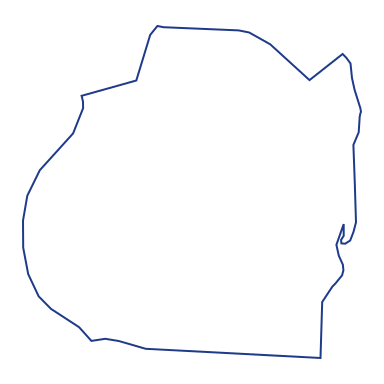 SVG path tracing the border of Baghdad
{"feature_id": "IRQ-3063", "entity_name": "Baghdad", "entity_type": "Province", "adm_level": 1, "iso_a3": "IRQ", "parent_name": "Iraq", "parent_adm1": "", "projection": "natural_earth1", "projection_center": [44.431, 33.304], "detail": "fine", "context": "isolated", "style": "outline", "palette": "blue", "viewbox_px": 384, "rotation_deg": 0, "n_neighbors": 0, "source": "natural_earth", "source_scale": "10m", "svg_char_len": 748}
<svg xmlns="http://www.w3.org/2000/svg" viewBox="0 0 384 384"><path d="M320.5,358.0L145.7,348.8L118.7,341.0L105.3,338.8L91.4,340.9L79.1,327.2L51.0,308.9L38.7,296.4L28.2,274.1L23.2,247.7L23.0,220.6L27.3,195.7L39.8,170.2L73.1,133.4L83.1,108.2L83.0,101.6L81.6,95.8L136.3,80.5L150.2,34.9L157.4,26.0L163.4,27.2L238.8,30.4L249.2,32.5L270.2,44.3L309.5,80.1L342.6,54.0L346.2,57.6L350.5,63.5L352.0,78.1L354.6,89.9L360.3,108.0L361.0,111.8L360.3,113.7L359.7,116.7L358.7,132.3L353.4,144.9L354.8,183.3L356.0,222.3L353.5,231.9L350.2,240.5L345.2,243.7L341.4,243.4L341.1,239.9L343.7,235.8L343.7,224.1L336.4,244.8L338.8,255.7L342.9,264.8L343.4,270.3L342.1,275.3L335.5,283.4L332.3,286.7L322.2,302.0L320.5,358.0Z" fill="none" stroke="#1e3a8a" stroke-width="2"/></svg>